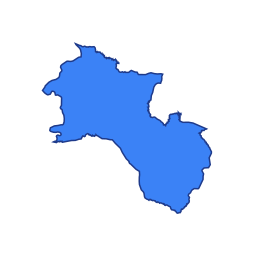 Kut Bak, Sakon Nakhon, Thailand (orthographic projection), rotated 45°
{"feature_id": "78962969B73602858262126", "entity_name": "Kut Bak", "entity_type": "district", "adm_level": 2, "iso_a3": "THA", "parent_name": "Thailand", "parent_adm1": "Sakon Nakhon", "projection": "orthographic", "projection_center": [103.812, 17.077], "detail": "fine", "context": "isolated", "style": "filled", "palette": "blue", "viewbox_px": 256, "rotation_deg": 45, "n_neighbors": 0, "source": "geoboundaries", "source_scale": "gbopen_adm2", "svg_char_len": 5705}
<svg xmlns="http://www.w3.org/2000/svg" viewBox="0 0 256 256"><g transform="rotate(45 128 128)"><path d="M85.1,190.6L87.7,188.9L87.9,187.2L88.6,186.7L88.8,186.1L89.5,186.0L89.4,185.6L89.6,185.1L90.7,184.7L90.7,184.1L91.7,184.4L96.8,176.9L99.5,174.0L101.2,170.7L102.6,168.9L102.6,168.4L101.9,167.5L102.0,166.6L101.6,165.7L101.8,165.4L103.2,165.0L103.5,163.9L103.0,163.3L102.9,162.3L103.4,160.5L104.3,160.1L104.8,160.5L105.1,160.0L105.5,160.1L106.1,159.6L106.3,159.9L107.5,159.2L107.6,159.5L107.9,159.5L108.1,158.6L108.5,158.6L108.4,158.3L108.9,158.5L109.3,157.9L110.2,157.5L110.2,157.1L109.8,156.9L110.5,155.8L110.2,155.4L111.1,155.5L111.7,155.1L117.2,153.9L120.3,151.0L123.5,149.0L125.3,147.4L129.9,147.8L136.9,147.7L141.3,149.3L148.6,151.0L152.4,150.9L152.6,151.3L154.2,151.9L155.3,151.6L162.9,151.5L166.7,150.6L169.4,153.0L170.7,154.7L173.7,157.8L176.1,159.9L181.1,162.3L183.8,162.3L185.4,162.8L188.4,165.0L189.7,165.4L191.9,164.9L192.6,164.4L193.7,164.3L193.6,164.1L194.2,163.4L194.0,162.9L194.8,162.4L195.2,162.6L196.8,161.9L196.8,161.6L198.5,160.4L198.8,160.6L199.1,160.4L199.7,160.6L201.2,160.1L201.2,159.4L202.3,158.8L203.6,158.8L203.9,158.0L204.8,157.4L205.5,157.3L206.1,156.7L206.8,156.9L207.2,156.6L207.1,156.2L207.8,156.1L208.4,156.6L209.1,156.4L209.6,155.2L210.2,154.9L211.9,154.5L213.6,153.8L215.3,154.7L216.6,155.0L219.2,153.2L219.4,153.5L219.9,153.2L221.2,153.2L222.2,153.5L223.1,153.3L223.8,152.3L224.1,151.4L224.7,151.1L224.5,149.6L223.9,149.0L223.2,147.6L223.5,147.2L223.9,147.2L224.1,146.7L223.9,145.6L224.2,144.7L223.7,143.7L224.2,143.0L223.9,142.2L224.3,142.0L223.8,141.0L223.9,140.8L223.2,140.1L223.3,139.7L223.8,139.6L223.7,137.5L222.9,136.2L221.5,135.4L220.5,133.6L218.6,133.3L218.0,132.6L217.7,131.6L218.0,129.6L217.4,128.1L217.1,126.7L217.6,124.1L220.6,121.3L220.6,120.3L217.4,111.3L215.2,109.0L213.9,107.0L210.7,106.0L210.2,105.6L210.0,105.0L210.1,102.4L213.0,99.1L212.1,95.8L206.5,91.7L204.8,86.9L203.8,85.8L200.5,84.7L199.6,84.2L198.0,84.2L196.9,83.4L195.5,83.7L194.9,83.2L194.3,83.6L193.4,82.8L192.3,83.3L191.7,82.8L190.4,82.6L189.6,82.5L189.2,82.6L188.6,82.9L187.6,82.6L186.7,83.0L185.2,81.8L184.4,82.1L183.8,81.9L183.1,81.1L181.9,81.4L182.2,80.2L182.8,79.8L182.6,79.2L182.7,78.4L181.9,77.9L181.9,77.4L183.5,76.0L183.3,74.3L184.0,73.8L184.2,73.1L170.5,78.5L166.8,81.1L162.8,85.2L159.9,86.4L157.9,85.9L157.9,85.4L158.4,85.2L157.9,84.9L157.8,84.3L157.5,84.3L157.1,83.5L156.8,83.9L156.7,83.5L156.2,83.8L155.7,83.5L156.1,83.3L155.2,82.4L155.8,82.0L155.5,81.3L155.9,81.0L155.4,80.7L155.3,81.0L154.8,81.2L154.8,80.7L154.2,81.3L152.9,81.3L153.4,81.6L153.5,82.3L153.2,82.3L153.3,82.5L153.0,82.3L153.0,82.9L152.3,82.8L152.2,83.3L151.6,83.4L151.5,84.2L150.9,84.4L149.9,86.5L149.4,86.8L149.3,87.4L148.4,88.3L148.3,88.8L148.6,90.2L149.3,90.6L149.7,91.3L150.8,91.6L151.0,92.2L150.8,92.5L151.2,92.8L151.3,93.3L151.0,93.5L151.3,93.6L151.3,94.1L152.2,94.4L152.0,94.8L151.8,94.7L152.1,95.3L151.9,95.8L152.3,96.2L151.8,96.4L152.2,97.0L151.9,97.5L152.0,98.2L152.3,98.3L152.5,99.4L153.1,99.7L153.5,99.5L153.1,99.9L151.8,99.5L151.3,100.4L150.9,100.7L149.8,99.9L148.0,99.9L146.7,100.3L146.2,100.0L144.8,100.2L142.5,101.0L139.5,101.3L138.7,101.8L137.8,103.4L137.1,103.6L136.6,104.2L135.8,104.1L135.4,103.6L134.9,103.8L134.5,102.6L134.0,102.4L132.8,102.7L132.1,102.1L131.3,102.1L131.1,101.6L129.9,101.8L129.5,101.5L129.8,101.3L129.7,100.7L129.9,100.6L129.7,100.3L128.4,99.8L128.0,99.0L127.4,99.1L127.6,98.7L127.3,98.2L127.5,98.0L126.5,97.2L125.9,97.1L125.6,96.5L124.8,96.7L124.9,96.4L124.6,96.4L124.6,96.1L124.1,95.5L124.0,95.1L124.3,95.2L124.3,94.7L124.7,94.6L124.4,93.8L124.1,94.0L123.9,93.6L124.4,92.0L121.6,88.6L120.3,85.4L117.4,80.9L116.7,78.2L116.8,76.6L117.1,75.7L117.8,74.6L119.4,73.3L118.7,72.0L118.1,70.5L116.7,68.8L115.5,67.9L114.5,65.4L113.0,66.3L110.5,69.1L108.2,70.9L105.2,72.7L104.0,74.7L102.7,77.8L97.7,82.7L97.4,82.8L95.0,82.1L93.3,83.5L89.6,85.0L89.3,86.5L89.4,87.3L88.8,88.6L86.7,90.6L86.1,90.4L85.5,91.9L84.3,92.2L83.6,93.6L82.6,94.3L81.8,94.5L79.6,93.8L79.1,93.9L78.8,94.3L77.0,94.1L75.8,92.2L74.5,91.3L74.1,90.6L74.3,89.9L74.7,89.9L75.4,89.2L75.0,89.2L75.1,88.8L74.6,89.0L74.3,88.6L74.0,89.0L73.9,88.8L72.6,89.1L72.2,88.8L72.2,88.4L70.8,88.3L71.0,88.6L70.5,88.7L70.2,89.2L70.1,90.2L69.3,90.0L69.2,90.3L68.6,90.1L68.4,90.7L68.2,90.4L68.1,90.9L67.1,90.7L66.2,91.0L65.9,91.7L65.5,91.4L64.9,91.5L64.9,91.9L64.7,91.7L64.1,92.6L64.3,92.7L64.0,93.1L63.9,93.6L63.7,93.4L63.3,93.4L63.2,93.8L62.9,93.6L62.8,94.0L61.3,94.3L61.3,94.6L60.6,94.4L60.4,94.0L60.0,94.0L59.9,93.7L59.7,93.9L59.0,93.6L58.3,93.6L58.2,93.9L58.0,93.7L57.7,94.1L56.9,93.7L56.9,94.0L55.8,94.4L54.5,94.1L54.0,94.9L53.6,94.9L53.0,95.8L52.7,95.8L52.6,96.3L52.1,95.9L51.8,96.7L51.1,97.0L49.9,95.8L48.4,94.8L47.8,94.5L46.5,94.5L44.9,96.4L43.5,97.4L42.8,98.3L42.7,99.0L41.6,99.6L41.3,100.2L39.6,100.7L38.7,102.4L37.6,103.0L36.4,103.1L35.5,103.8L31.3,105.5L32.3,105.8L37.1,105.8L39.0,106.2L42.4,108.4L44.5,110.9L43.1,112.9L41.8,119.1L41.3,120.2L40.2,121.7L38.2,123.3L37.6,124.0L36.5,129.7L36.5,131.4L37.3,132.7L40.2,133.8L40.8,134.5L41.0,137.4L42.9,139.8L43.4,141.2L42.8,144.4L40.6,148.2L39.7,151.6L39.7,156.7L40.3,157.9L41.0,161.9L44.2,162.1L46.8,161.7L47.9,161.2L49.1,159.0L48.2,156.0L48.5,155.5L49.6,154.7L50.9,154.5L53.4,156.0L53.8,155.8L54.9,154.3L58.4,153.3L59.7,153.6L64.9,159.0L65.6,161.3L66.7,162.0L67.5,161.7L68.5,161.7L70.9,163.4L73.6,164.3L76.2,166.3L78.5,168.8L79.6,171.1L79.5,172.0L78.4,173.1L76.8,175.6L74.4,178.7L73.0,182.7L74.3,184.9L74.9,185.1L75.8,185.0L78.3,183.7L80.0,182.2L81.2,180.4L82.8,179.4L84.1,179.2L85.2,179.8L85.5,180.5L85.3,181.4L84.7,182.0L83.4,182.5L83.0,183.7L83.2,184.5L84.9,185.2L86.2,186.7L86.3,188.6L85.5,189.4L85.1,190.6Z" fill="#3b82f6" stroke="#1e3a8a" stroke-width="1.5"/></g></svg>